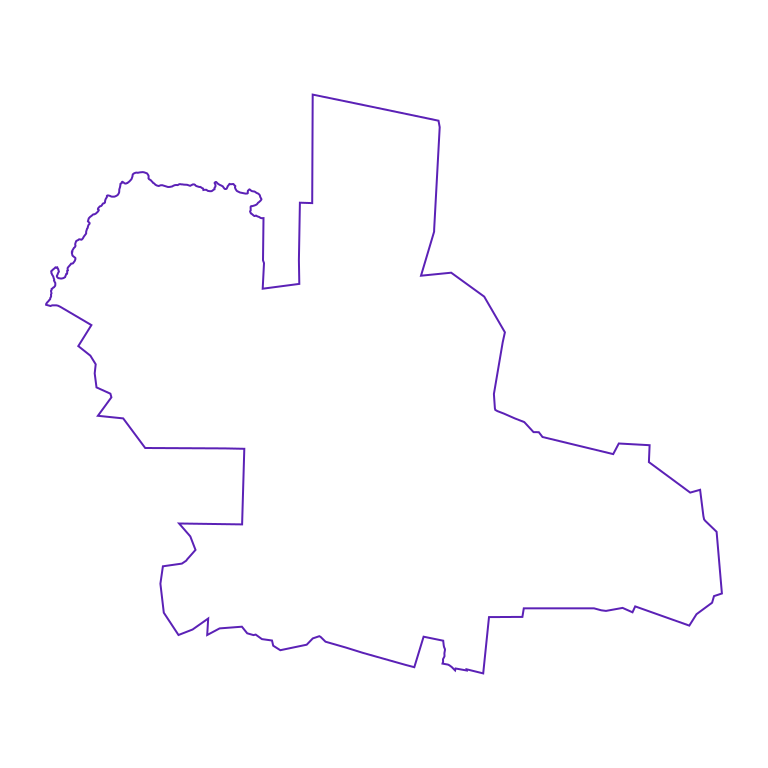 Bavispe, Sonora, Mexico (Albers equal-area conic projection)
{"feature_id": "50627088B39855980825322", "entity_name": "Bavispe", "entity_type": "district", "adm_level": 2, "iso_a3": "MEX", "parent_name": "Mexico", "parent_adm1": "Sonora", "projection": "albers", "projection_center": [-109.2, 30.646], "detail": "fine", "context": "isolated", "style": "outline", "palette": "violet", "viewbox_px": 768, "rotation_deg": 0, "n_neighbors": 0, "source": "geoboundaries", "source_scale": "gbopen_adm2", "svg_char_len": 5891}
<svg xmlns="http://www.w3.org/2000/svg" viewBox="0 0 768 768"><path d="M438.5,120.7L367.6,105.9L312.7,94.6L312.2,203.1L299.9,202.7L298.9,260.2L299.3,283.9L262.7,288.7L264.0,263.1L263.0,260.3L263.5,218.1L261.7,218.2L260.5,217.9L259.4,217.1L257.2,216.3L256.1,215.6L255.9,215.6L254.9,216.0L254.4,216.0L254.0,215.8L251.5,213.7L251.3,213.7L250.8,213.3L250.7,212.8L250.2,211.9L250.1,211.6L250.1,211.3L250.3,210.9L250.7,210.4L250.6,207.0L250.7,206.7L251.1,206.2L251.5,206.1L252.0,206.2L254.7,205.4L256.5,204.6L257.3,203.8L258.1,202.7L259.0,202.1L260.6,200.6L261.4,199.5L261.4,199.2L261.3,198.8L260.9,198.2L260.2,196.8L259.9,195.5L259.5,194.8L258.9,194.2L258.2,193.6L256.5,192.9L255.2,191.9L254.4,191.5L253.4,191.4L251.9,191.1L251.3,190.8L249.9,189.6L249.4,189.4L249.2,189.5L247.9,190.8L247.8,191.5L247.8,193.1L247.7,193.2L247.3,193.5L246.0,193.6L245.5,193.6L240.0,192.5L237.1,191.1L236.5,190.5L235.5,188.9L235.0,187.6L235.0,187.3L235.3,186.3L235.3,186.0L235.0,185.7L234.6,185.5L233.5,184.1L233.2,184.0L231.2,184.2L230.2,184.2L229.7,183.9L229.3,184.1L228.6,185.2L227.7,186.2L227.4,187.1L226.7,188.6L226.2,188.9L225.9,189.0L225.2,189.0L224.6,188.8L223.7,187.7L223.2,187.0L222.8,186.4L221.2,185.5L219.8,184.9L218.0,183.8L216.6,182.4L216.1,182.0L215.7,182.0L215.4,182.1L214.7,182.7L214.6,183.0L214.9,183.7L215.3,184.3L215.5,185.4L215.4,186.6L214.6,187.7L214.5,188.4L214.6,188.8L214.5,189.3L213.8,189.5L212.9,190.3L211.9,191.0L211.2,191.2L209.9,191.2L207.9,190.9L206.3,189.8L204.3,189.8L203.4,190.0L203.3,189.5L203.1,188.9L203.0,188.5L201.9,188.0L201.3,187.5L200.2,186.9L199.8,187.0L199.0,186.9L196.5,186.1L195.6,185.6L195.1,184.9L194.1,184.4L192.9,184.4L191.1,185.3L190.1,185.8L187.1,184.8L183.5,184.6L182.6,184.4L181.6,184.4L180.7,184.2L179.3,184.2L177.9,185.0L177.5,185.1L176.4,185.0L175.0,185.1L173.4,185.7L172.3,186.4L169.9,186.9L168.0,187.0L162.2,185.2L160.5,185.3L158.8,186.0L157.1,185.6L155.5,184.8L154.1,183.4L153.0,182.8L152.5,182.0L151.7,181.3L151.0,180.4L149.0,179.1L148.5,178.3L148.6,177.0L148.6,175.9L148.0,174.7L147.1,173.5L146.9,173.3L144.0,172.3L142.7,172.1L139.7,172.4L137.8,172.8L136.8,172.6L135.9,172.7L135.4,172.8L134.2,173.3L133.8,173.5L132.8,174.4L132.6,175.1L132.5,176.3L131.6,178.9L131.0,179.7L129.6,181.2L129.1,181.7L128.2,182.3L127.5,183.0L127.1,183.0L126.6,183.3L126.0,183.5L125.2,183.5L124.5,183.3L123.6,182.5L122.7,182.0L122.5,181.8L122.3,181.8L121.9,182.1L121.8,183.0L121.1,183.5L120.8,183.5L120.4,184.0L120.4,185.1L120.2,185.9L120.1,186.3L120.2,186.6L119.3,189.4L119.2,191.9L119.0,192.8L118.0,194.6L117.5,195.1L116.6,195.7L115.4,196.3L114.2,196.7L113.4,196.7L111.4,196.6L110.0,195.9L108.5,195.5L107.8,195.4L107.2,195.6L106.9,195.9L106.9,196.7L106.8,197.3L106.6,197.6L105.9,198.6L105.4,199.8L105.1,201.0L105.0,202.3L104.7,202.8L104.2,203.2L103.2,203.4L102.4,204.3L101.7,205.5L101.1,206.0L99.8,206.4L98.2,208.2L98.0,208.7L97.9,209.2L98.0,209.5L98.7,209.9L98.8,210.1L98.7,210.4L98.0,211.5L97.1,212.4L95.8,213.6L94.4,214.3L93.7,214.3L92.9,214.6L92.1,215.4L90.0,217.0L88.8,218.3L88.5,219.2L88.1,220.8L88.0,221.0L87.9,221.2L88.0,221.4L88.6,222.0L89.5,222.8L89.6,223.5L89.4,224.0L88.6,224.8L88.3,225.5L87.9,226.6L87.7,227.9L87.1,228.6L86.2,231.5L86.1,232.5L86.2,233.2L85.9,233.9L83.9,236.5L82.8,238.5L81.7,239.6L81.3,239.7L79.7,239.3L78.9,239.4L78.4,239.9L76.8,240.7L76.2,241.1L76.0,241.5L75.3,243.6L75.2,244.8L75.5,245.8L75.2,246.5L74.8,247.2L74.2,247.7L74.0,247.8L72.3,250.6L71.9,251.8L72.3,252.0L72.0,252.7L71.9,253.5L72.2,254.2L72.3,255.1L72.7,255.8L75.3,257.9L75.4,258.4L75.4,259.1L74.9,260.6L74.7,261.0L73.3,262.9L73.0,263.3L72.7,263.4L72.2,263.5L71.7,263.7L71.1,263.7L70.2,264.9L68.7,266.6L67.8,267.7L67.6,268.4L67.6,269.2L67.9,270.4L67.2,270.8L67.2,272.5L67.1,273.5L67.0,273.8L66.3,273.9L65.6,275.8L65.4,276.1L65.1,277.1L63.6,278.0L63.1,278.2L61.7,278.5L60.6,278.5L58.3,278.1L57.2,277.1L56.9,276.4L56.9,275.7L57.5,274.7L58.0,273.2L58.4,272.4L58.9,271.7L58.1,268.9L57.6,268.4L57.4,267.7L57.3,267.4L56.2,267.8L56.1,267.7L56.0,267.4L55.9,267.4L55.7,267.3L55.4,267.4L54.2,268.6L53.4,269.2L52.6,269.9L52.3,270.4L51.8,270.6L51.5,271.1L51.2,271.3L51.4,272.3L51.4,273.1L51.6,273.4L52.3,275.0L52.9,275.9L53.3,276.7L53.7,278.2L54.2,279.6L54.2,280.1L54.0,280.7L54.5,281.4L54.7,282.0L55.3,283.0L55.3,285.1L55.1,285.9L54.4,286.7L54.1,287.2L53.2,287.6L52.3,288.6L51.7,288.8L51.6,289.9L51.1,290.6L51.0,291.0L51.5,293.3L51.0,294.4L51.1,296.2L51.0,296.7L50.2,298.2L50.2,299.0L49.9,299.5L49.1,300.2L48.5,301.1L47.2,302.4L46.5,303.4L46.2,303.9L46.1,304.3L46.1,304.8L50.5,306.0L52.3,305.3L56.2,305.3L58.0,305.7L60.3,306.8L91.4,325.1L78.3,346.1L90.4,355.7L95.7,364.3L94.7,373.4L96.5,387.4L110.4,393.7L111.4,397.3L97.9,415.8L123.2,418.4L145.2,448.0L224.7,448.4L244.3,448.8L242.1,524.4L179.1,523.5L190.3,536.4L195.5,549.9L187.2,559.3L186.2,560.7L181.9,563.6L162.9,566.3L160.4,583.7L163.8,612.7L178.5,635.0L192.6,629.5L208.2,618.5L207.2,635.0L219.6,628.4L241.9,626.7L247.2,633.3L253.5,635.1L255.7,634.6L261.9,639.1L272.0,640.5L273.2,645.7L280.3,650.2L306.7,644.7L312.8,638.4L319.3,636.2L320.6,636.9L325.5,641.7L346.0,647.6L363.0,652.9L405.2,664.8L414.3,667.2L423.6,636.7L443.2,640.7L443.7,645.2L443.9,646.3L444.2,647.4L444.8,648.7L445.0,649.8L444.4,653.2L444.5,656.2L444.2,656.9L443.0,659.2L443.1,662.0L442.8,662.6L442.5,663.6L448.0,664.6L449.4,665.3L451.7,667.0L455.1,670.4L455.6,668.5L466.8,670.5L466.6,669.3L483.2,673.4L489.0,617.1L522.4,616.9L523.8,608.3L593.9,608.3L601.3,610.3L606.0,610.9L622.6,607.9L632.5,612.3L635.2,606.4L689.3,625.6L696.5,614.2L712.1,602.7L714.0,596.1L721.9,593.5L716.6,531.8L705.3,520.9L704.1,519.4L703.4,516.1L700.1,489.8L690.2,492.6L648.9,462.1L649.6,445.2L618.8,443.5L613.2,454.1L542.5,437.0L538.8,432.2L533.5,432.1L524.3,422.1L514.8,418.4L503.9,413.6L497.4,411.1L495.3,409.9L494.9,408.4L493.9,394.0L502.7,342.3L504.9,332.3L484.2,296.6L451.2,272.7L421.0,275.7L434.1,231.7L434.2,228.5L439.7,127.2L438.5,120.7Z" fill="none" stroke="#5b21b6" stroke-width="2"/></svg>